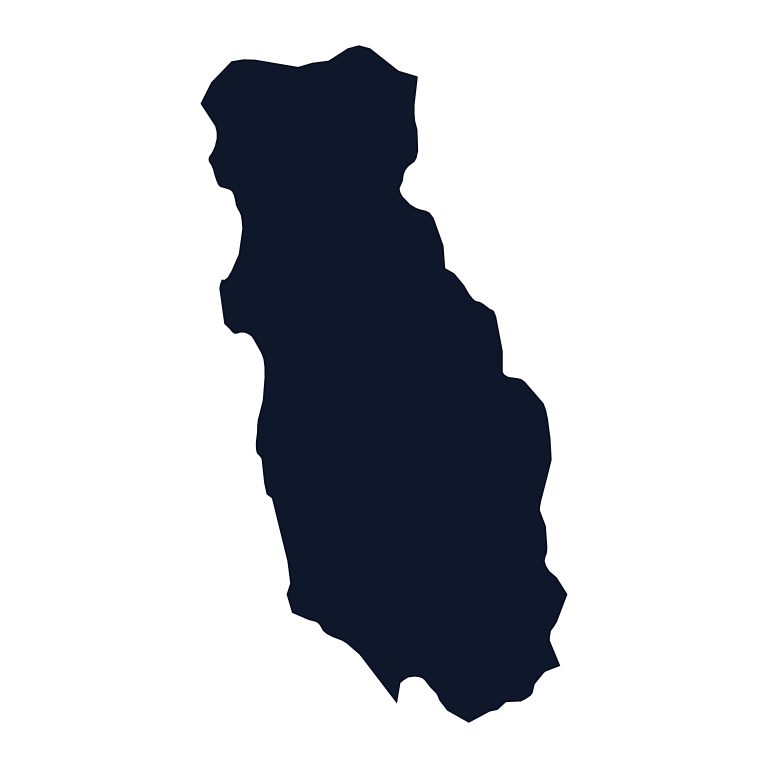 outline of Bumthang
{"feature_id": "BTN-2480", "entity_name": "Bumthang", "entity_type": "District", "adm_level": 1, "iso_a3": "BTN", "parent_name": "Bhutan", "parent_adm1": "", "projection": "equal_earth", "projection_center": [90.682, 27.708], "detail": "fine", "context": "isolated", "style": "filled", "palette": "ink", "viewbox_px": 768, "rotation_deg": 0, "n_neighbors": 0, "source": "natural_earth", "source_scale": "10m", "svg_char_len": 2255}
<svg xmlns="http://www.w3.org/2000/svg" viewBox="0 0 768 768"><path d="M231.9,62.0L243.4,60.1L254.9,60.4L298.0,67.7L312.6,63.5L328.8,61.4L348.1,49.0L358.9,46.1L369.8,49.0L398.2,71.4L417.0,77.1L413.8,105.0L413.8,114.0L414.4,121.1L416.7,129.8L417.4,150.7L416.0,157.3L414.1,161.0L407.6,166.1L404.6,170.1L402.9,174.6L402.1,180.7L398.8,188.3L399.5,192.3L402.0,197.0L409.6,204.9L414.3,207.9L418.4,209.7L425.8,211.6L429.2,213.3L433.0,218.4L442.8,245.9L444.5,268.7L453.8,274.0L463.5,285.7L468.6,294.5L472.4,299.3L475.2,301.6L479.8,302.7L482.6,304.3L489.2,309.3L493.2,311.3L495.5,316.9L502.0,351.3L502.0,372.1L503.5,374.9L507.9,377.6L518.3,379.1L521.3,380.0L524.4,382.3L542.9,403.7L545.3,410.1L547.2,419.0L549.8,439.1L550.9,459.7L546.3,478.3L540.3,501.3L539.3,507.2L539.1,510.5L545.1,526.2L546.6,547.3L546.2,552.7L544.5,557.4L543.9,561.2L545.3,566.0L548.8,571.6L556.3,578.1L566.6,594.4L556.3,621.5L553.3,626.4L550.2,630.6L549.2,636.4L549.0,640.6L559.3,665.4L545.8,670.6L543.6,672.1L534.0,683.9L531.9,692.7L530.1,695.1L525.9,698.0L520.8,700.7L505.7,701.4L497.2,709.2L489.5,710.8L468.8,721.9L447.8,710.1L439.9,699.8L438.4,696.0L436.8,692.9L431.1,687.3L425.6,680.2L422.8,677.6L418.9,676.3L415.7,675.9L412.0,676.1L407.8,676.8L403.3,679.6L399.7,682.6L396.5,701.7L360.2,654.2L346.8,642.6L341.8,639.7L333.0,636.4L326.9,633.2L323.5,630.2L320.5,624.8L318.4,622.5L315.8,621.0L309.0,619.3L292.7,612.3L287.4,594.4L291.0,583.4L288.1,560.9L272.6,497.8L267.3,493.9L264.9,482.8L262.3,458.6L260.6,456.0L257.6,452.9L256.7,449.1L256.6,442.5L257.8,432.0L258.0,424.9L258.6,419.8L263.5,400.7L265.3,377.5L265.2,367.0L264.3,359.4L262.9,355.2L261.4,351.8L253.7,338.2L251.9,335.7L248.8,333.5L245.2,332.0L241.5,331.7L238.5,332.3L236.2,333.1L234.2,332.8L232.3,331.1L230.4,328.7L225.0,323.6L220.1,288.4L220.7,284.8L222.3,280.4L224.6,280.7L228.1,278.1L232.1,271.4L239.5,254.5L243.1,228.8L242.4,220.4L241.6,215.2L240.1,211.7L238.3,208.6L236.7,205.1L235.5,198.6L234.4,194.6L232.6,191.1L230.7,189.5L228.5,188.5L220.6,186.2L219.0,184.7L217.5,181.5L215.5,175.8L213.7,169.0L212.0,164.9L209.9,161.8L209.3,159.9L209.5,157.9L210.4,156.1L212.0,154.0L213.8,150.7L215.7,146.2L217.5,138.2L217.4,132.0L215.9,125.9L201.4,103.6L211.8,82.8L231.9,62.0Z" fill="#0f172a" stroke="#020617" stroke-width="1.5"/></svg>